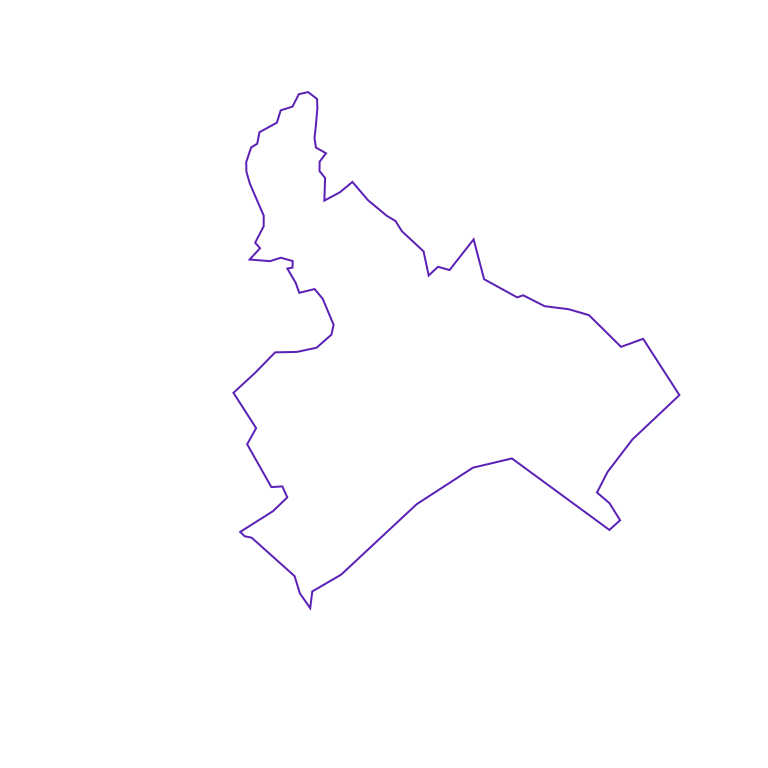 outline of Gijduvan, Bukhoro, Uzbekistan, rotated 134°
{"feature_id": "79887680B42366565573671", "entity_name": "Gijduvan", "entity_type": "district", "adm_level": 2, "iso_a3": "UZB", "parent_name": "Uzbekistan", "parent_adm1": "Bukhoro", "projection": "equal_earth", "projection_center": [64.807, 40.434], "detail": "fine", "context": "isolated", "style": "outline", "palette": "violet", "viewbox_px": 768, "rotation_deg": 134, "n_neighbors": 0, "source": "geoboundaries", "source_scale": "gbopen_adm2", "svg_char_len": 1198}
<svg xmlns="http://www.w3.org/2000/svg" viewBox="0 0 768 768"><g transform="rotate(134 384 384)"><path d="M596.5,281.4L583.0,291.5L550.8,282.4L447.8,277.0L382.4,261.9L348.7,240.3L332.4,120.5L318.0,119.5L313.1,138.9L314.1,155.4L291.9,162.1L251.4,166.8L186.8,163.8L171.5,229.0L192.6,239.3L192.1,284.4L202.0,303.2L216.5,322.6L223.5,345.5L229.2,348.4L239.1,384.8L217.7,420.0L256.5,416.0L262.2,426.6L274.9,427.2L261.1,447.7L261.7,477.1L258.8,488.9L261.1,498.9L262.9,523.0L260.6,547.1L276.7,548.9L293.5,554.3L276.7,569.5L275.6,578.4L268.7,584.8L258.3,586.0L261.2,597.2L255.4,604.8L245.6,612.4L231.8,623.6L225.5,630.1L226.7,641.3L234.7,646.6L248.0,642.5L258.9,648.4L270.4,642.6L289.4,648.5L299.2,642.1L306.1,643.9L320.2,637.2L326.9,630.4L333.1,619.6L346.5,587.4L354.2,580.1L371.9,574.8L372.4,567.5L387.8,567.1L374.8,551.3L364.8,545.9L359.0,535.1L363.8,530.7L368.1,533.7L372.6,517.7L377.3,508.3L363.9,499.9L365.3,487.2L376.4,461.4L385.0,456.1L404.7,457.7L421.5,469.0L436.8,484.3L466.3,484.5L494.9,486.2L504.6,445.3L522.4,440.6L536.4,393.4L528.3,386.0L532.7,374.8L552.4,375.5L590.3,384.7L590.3,378.4L586.5,372.5L584.3,314.9L593.1,298.9L596.5,281.4Z" fill="none" stroke="#5b21b6" stroke-width="2"/></g></svg>